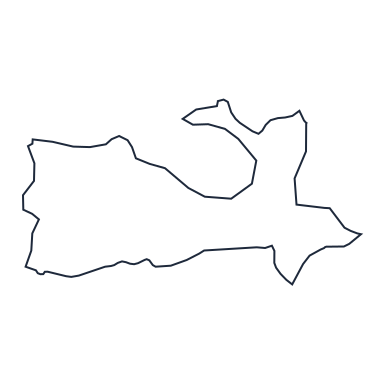 the District of Cahul, rotated 270°
{"feature_id": "MDA-1624", "entity_name": "Cahul", "entity_type": "District", "adm_level": 1, "iso_a3": "MDA", "parent_name": "Moldova", "parent_adm1": "", "projection": "mercator", "projection_center": [28.292, 45.784], "detail": "fine", "context": "isolated", "style": "outline", "palette": "slate", "viewbox_px": 384, "rotation_deg": 270, "n_neighbors": 0, "source": "natural_earth", "source_scale": "10m", "svg_char_len": 1483}
<svg xmlns="http://www.w3.org/2000/svg" viewBox="0 0 384 384"><g transform="rotate(270 192 192)"><path d="M116.3,28.4L117.3,25.6L133.4,31.3L150.6,32.3L164.6,38.9L170.2,32.1L174.3,23.3L188.8,23.0L203.1,34.0L220.7,34.4L237.9,28.0L240.3,32.4L244.6,32.7L242.2,52.6L237.4,73.2L236.9,90.0L239.7,105.9L244.8,111.6L248.0,119.1L243.8,127.6L236.9,132.0L225.7,135.9L220.1,149.7L215.8,165.0L196.0,188.4L187.3,204.8L185.3,231.2L200.3,251.9L223.4,256.3L245.1,238.3L255.1,225.0L259.8,208.2L259.3,192.9L265.1,182.7L274.5,196.2L277.9,216.9L282.7,217.9L282.9,217.9L284.4,223.6L282.1,227.8L271.6,231.2L265.2,235.5L261.2,239.8L252.7,252.5L250.2,258.5L253.4,262.3L259.1,265.7L263.8,270.5L265.9,277.9L266.5,285.1L268.1,292.4L273.2,299.4L263.5,304.0L261.4,305.9L261.0,306.5L260.8,306.4L260.1,306.2L232.6,306.0L205.6,294.6L179.4,296.5L176.1,324.3L175.8,329.7L175.7,329.8L156.3,344.5L153.1,350.7L150.6,357.3L149.8,361.0L140.1,349.2L137.5,343.9L137.3,326.3L136.9,325.1L135.9,324.0L134.5,320.7L128.4,309.6L120.0,303.1L99.6,292.2L104.2,286.3L110.2,280.5L116.3,276.1L121.1,274.3L133.1,274.4L138.3,271.9L136.0,265.1L136.7,256.7L133.5,204.1L130.4,199.2L124.0,186.7L118.3,170.8L117.3,155.6L118.9,152.8L123.7,149.3L124.8,146.7L124.1,144.7L120.8,138.0L119.8,134.1L120.3,130.0L121.8,126.0L122.6,122.0L121.1,117.8L118.9,114.2L118.0,111.0L117.3,105.1L108.4,78.8L107.1,71.3L107.8,66.1L112.3,47.6L112.2,44.8L109.9,43.3L109.8,40.4L110.8,37.8L113.7,35.9L116.3,28.4Z" fill="none" stroke="#1e293b" stroke-width="2"/></g></svg>